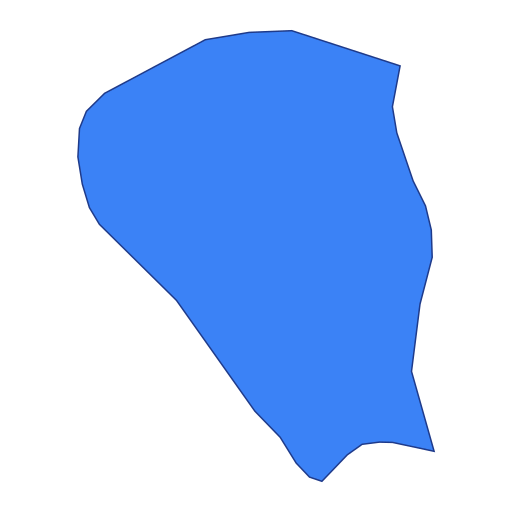 the Union Territory of Chandigarh
{"feature_id": "IND-2427", "entity_name": "Chandigarh", "entity_type": "Union Territory", "adm_level": 1, "iso_a3": "IND", "parent_name": "India", "parent_adm1": "", "projection": "equal_earth", "projection_center": [76.773, 30.736], "detail": "fine", "context": "isolated", "style": "filled", "palette": "blue", "viewbox_px": 512, "rotation_deg": 0, "n_neighbors": 0, "source": "natural_earth", "source_scale": "10m", "svg_char_len": 492}
<svg xmlns="http://www.w3.org/2000/svg" viewBox="0 0 512 512"><path d="M291.8,30.7L400.1,65.9L392.4,106.7L396.8,132.9L413.1,180.9L425.5,205.9L431.3,230.0L432.2,257.3L420.0,304.1L411.5,371.4L434.1,451.3L392.5,442.4L379.5,442.1L362.1,444.3L347.3,454.8L321.9,481.3L309.5,477.1L296.2,463.1L280.2,437.3L254.9,411.2L176.5,300.4L99.4,224.3L89.4,207.6L82.3,184.1L77.9,156.9L79.5,128.5L86.4,111.3L104.6,93.3L205.3,39.7L249.1,32.4L291.8,30.7Z" fill="#3b82f6" stroke="#1e3a8a" stroke-width="1.5"/></svg>